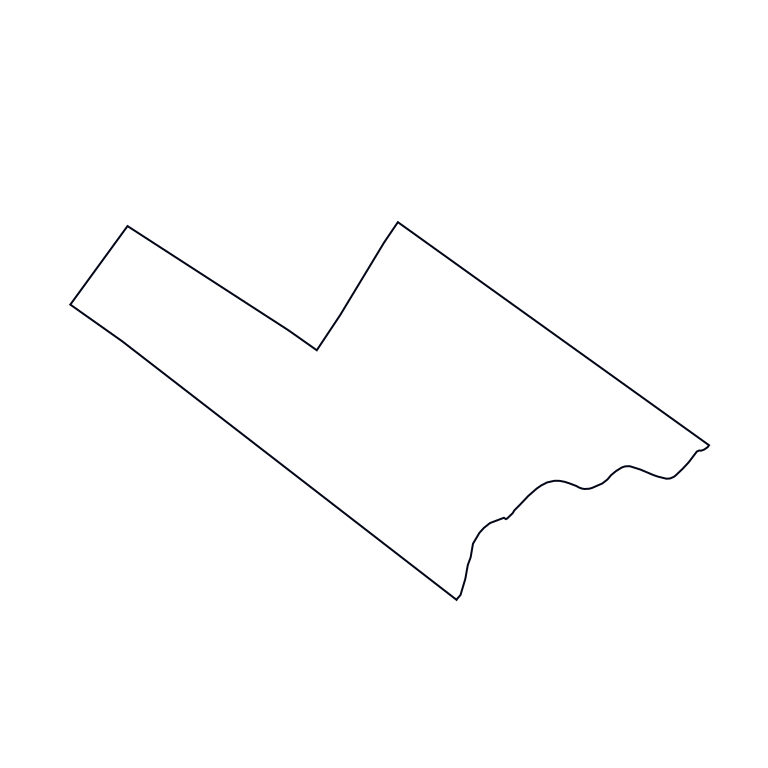 outline of Brown, Ohio, United States of America, rotated 302°
{"feature_id": "52423323B39524161644268", "entity_name": "Brown", "entity_type": "district", "adm_level": 2, "iso_a3": "USA", "parent_name": "United States of America", "parent_adm1": "Ohio", "projection": "equal_earth", "projection_center": [-83.851, 38.947], "detail": "fine", "context": "isolated", "style": "outline", "palette": "ink", "viewbox_px": 768, "rotation_deg": 302, "n_neighbors": 0, "source": "geoboundaries", "source_scale": "gbopen_adm2", "svg_char_len": 895}
<svg xmlns="http://www.w3.org/2000/svg" viewBox="0 0 768 768"><g transform="rotate(302 384 384)"><path d="M382.0,82.8L285.1,75.9L281.5,139.2L239.4,559.9L240.2,559.8L245.6,560.7L261.9,556.2L274.9,551.0L283.0,549.3L295.7,544.1L308.4,543.8L315.0,545.0L322.3,547.6L334.1,556.6L334.0,559.0L335.2,559.7L342.7,561.6L345.9,561.5L352.8,563.1L365.6,565.7L376.2,568.9L381.3,571.1L387.0,574.5L392.3,579.9L394.9,584.2L396.8,589.1L398.0,593.9L399.4,601.0L399.6,604.4L400.2,607.2L401.1,609.5L404.0,613.6L406.1,615.5L415.4,621.9L421.5,624.1L427.2,624.9L433.1,626.9L439.2,629.9L441.9,632.1L444.5,635.9L447.3,646.7L449.5,660.5L450.5,665.0L453.3,673.6L455.4,676.6L458.7,678.9L460.7,679.7L470.3,682.2L479.2,683.9L492.5,685.1L494.7,686.6L495.4,688.2L498.1,690.3L502.1,692.0L504.3,692.1L528.6,310.0L504.0,309.1L419.1,310.3L377.0,309.1L378.9,274.8L382.0,82.8Z" fill="none" stroke="#020617" stroke-width="2"/></g></svg>